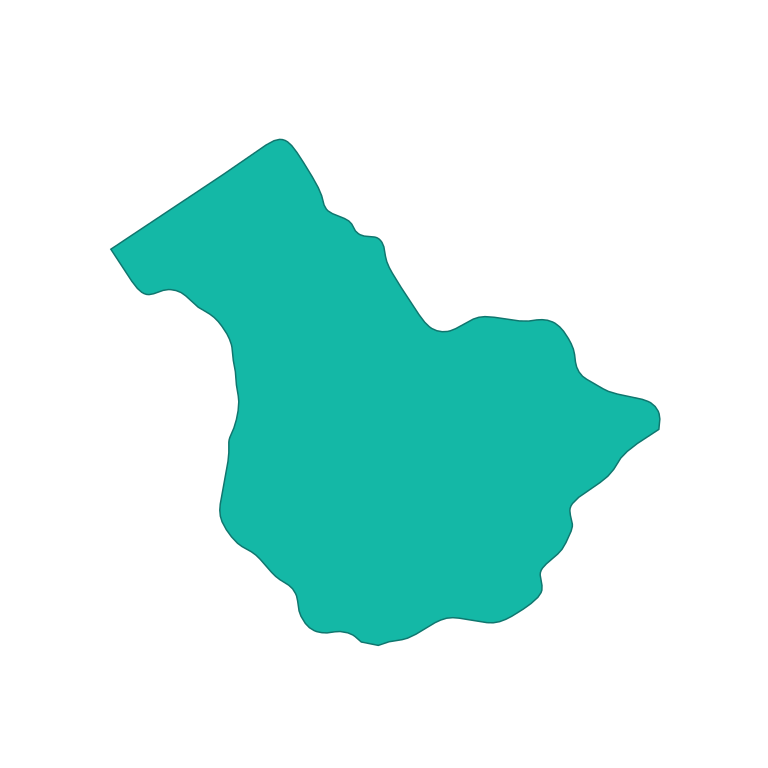 the district of Villa Tapia, Hermanas, Dominican Republic, rotated 146°
{"feature_id": "3306468B10183104109049", "entity_name": "Villa Tapia", "entity_type": "district", "adm_level": 2, "iso_a3": "DOM", "parent_name": "Dominican Republic", "parent_adm1": "Hermanas", "projection": "albers", "projection_center": [-70.39, 19.285], "detail": "fine", "context": "isolated", "style": "filled", "palette": "teal", "viewbox_px": 768, "rotation_deg": 146, "n_neighbors": 0, "source": "geoboundaries", "source_scale": "gbopen_adm2", "svg_char_len": 2463}
<svg xmlns="http://www.w3.org/2000/svg" viewBox="0 0 768 768"><g transform="rotate(146 384 384)"><path d="M547.1,182.8L534.9,170.5L524.0,167.5L511.9,161.9L506.5,160.1L497.3,158.7L475.2,157.6L469.0,156.6L463.0,154.8L457.6,151.8L452.7,147.9L432.0,128.5L426.9,124.9L421.0,122.3L414.6,120.8L408.0,120.0L394.6,119.5L384.8,119.8L375.7,121.1L370.5,123.2L368.4,124.8L365.7,128.6L361.3,138.4L359.8,140.2L357.8,141.7L355.4,142.8L350.0,144.1L335.0,145.9L328.9,147.4L321.8,150.8L311.1,157.4L307.5,160.6L306.2,162.5L302.9,170.9L300.8,175.0L299.3,176.8L297.1,178.4L294.6,179.5L285.9,181.2L259.7,181.5L249.9,182.4L241.2,184.8L229.1,190.2L220.1,192.1L207.4,193.0L181.5,192.7L174.9,200.7L172.6,205.4L171.9,208.1L171.8,213.7L173.4,219.4L174.9,222.0L178.5,226.9L196.1,245.1L202.1,252.4L205.1,257.6L213.3,274.5L215.1,279.4L215.6,284.9L214.8,290.3L213.0,295.1L209.5,301.9L207.5,307.0L206.3,312.7L205.7,318.5L205.6,327.3L206.4,333.1L208.2,338.7L209.5,341.1L212.8,345.4L216.9,348.9L221.5,351.7L228.9,355.3L236.4,360.5L255.2,377.6L262.6,383.4L268.1,386.3L273.7,387.9L293.6,389.8L299.2,391.0L301.9,392.0L306.5,394.8L310.4,398.6L313.3,403.2L314.4,406.1L315.7,412.3L316.2,421.8L315.8,454.8L315.1,471.3L314.5,477.7L313.3,483.8L311.4,489.0L307.4,497.8L306.5,502.5L306.6,504.9L307.1,507.2L308.1,509.3L309.5,511.0L317.7,517.7L320.3,521.1L321.2,523.0L322.1,526.9L321.3,534.6L322.0,538.8L324.2,543.3L331.5,554.1L333.6,558.8L334.0,561.3L333.6,565.9L330.4,574.9L328.7,583.5L327.6,596.0L326.9,612.0L326.7,624.5L327.2,633.3L328.5,638.6L329.7,641.1L331.5,643.4L333.8,645.2L339.1,647.2L347.9,648.1L400.3,647.6L535.1,648.5L535.6,610.1L535.0,601.1L533.6,595.6L532.4,593.2L530.8,591.1L528.8,589.5L524.4,587.6L514.7,585.1L510.0,582.9L507.9,581.4L504.1,577.7L501.1,573.3L499.1,568.0L495.1,551.6L489.4,539.5L487.6,534.2L486.5,528.4L486.1,522.4L486.2,513.5L487.0,507.7L488.5,502.0L489.5,499.5L495.8,487.7L500.3,477.4L506.9,465.7L511.5,455.6L514.3,450.5L519.9,443.4L526.3,437.0L533.0,431.5L541.7,425.9L543.6,424.3L545.2,422.5L551.0,413.9L556.6,407.1L586.9,376.0L590.7,371.2L593.6,365.9L595.3,360.3L596.2,351.4L595.9,342.6L594.5,333.9L592.6,328.6L587.8,319.1L585.9,313.9L584.7,308.2L582.5,290.6L581.4,285.0L579.7,279.9L575.5,270.5L574.3,265.3L574.5,259.9L575.0,257.2L576.9,252.5L581.3,243.4L582.7,237.9L583.1,229.4L582.1,223.7L579.8,218.6L578.3,216.4L574.6,212.6L570.4,209.5L563.2,206.0L558.7,203.3L553.1,197.9L550.2,193.4L549.2,190.8L547.1,182.8Z" fill="#14b8a6" stroke="#0f766e" stroke-width="1.5"/></g></svg>